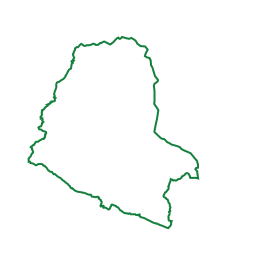 Pakokku, Magway, Myanmar, rotated 296°
{"feature_id": "60261553B95135707926293", "entity_name": "Pakokku", "entity_type": "district", "adm_level": 2, "iso_a3": "MMR", "parent_name": "Myanmar", "parent_adm1": "Magway", "projection": "orthographic", "projection_center": [94.664, 21.355], "detail": "fine", "context": "isolated", "style": "outline", "palette": "green", "viewbox_px": 256, "rotation_deg": 296, "n_neighbors": 0, "source": "geoboundaries", "source_scale": "gbopen_adm2", "svg_char_len": 5576}
<svg xmlns="http://www.w3.org/2000/svg" viewBox="0 0 256 256"><g transform="rotate(296 128 128)"><path d="M55.7,208.1L56.7,208.3L57.6,208.7L59.0,209.0L60.2,209.0L61.0,208.7L62.5,207.6L63.1,208.2L63.5,208.1L62.8,205.4L63.4,204.6L65.0,204.0L65.0,203.8L66.5,203.0L67.4,203.1L68.2,203.3L68.7,203.0L69.7,202.8L70.2,202.2L70.4,201.7L70.8,201.6L71.8,202.4L73.1,201.2L75.3,200.9L76.2,199.7L77.3,199.2L78.3,198.5L78.8,197.0L80.2,196.0L81.1,194.9L80.9,193.9L81.5,193.1L81.8,192.3L81.6,191.5L81.9,190.1L82.4,189.7L84.1,189.6L86.4,189.6L87.3,190.4L88.0,190.4L88.3,190.6L89.5,190.6L90.3,191.2L91.7,190.9L91.9,190.6L92.8,190.5L93.2,189.8L93.7,189.8L93.9,190.0L94.8,189.8L95.9,189.7L96.4,189.4L96.6,189.4L96.7,189.6L98.4,189.5L98.6,189.4L99.6,189.3L99.7,189.1L100.4,188.9L100.3,189.2L100.7,189.3L100.7,189.8L101.0,190.1L100.6,191.7L101.2,192.1L101.6,193.3L101.6,194.0L102.1,194.6L103.6,195.3L104.5,196.2L105.0,197.0L106.8,197.9L108.0,197.6L108.6,198.3L109.3,198.5L110.3,199.4L111.5,199.5L112.6,200.0L113.2,200.6L113.5,201.3L113.2,203.0L112.1,204.1L111.9,204.8L111.0,205.5L110.6,205.5L110.6,206.1L111.4,207.9L112.3,209.4L113.2,211.7L113.4,213.1L114.6,212.2L115.5,211.7L119.6,209.0L120.1,207.4L120.6,206.6L121.8,206.7L122.1,207.0L123.0,208.3L125.7,207.1L126.3,206.4L127.0,206.0L127.3,205.6L128.1,204.8L128.4,204.7L128.9,204.1L129.3,202.9L132.8,195.3L132.4,187.6L132.7,184.4L133.4,183.5L133.5,182.9L133.3,180.2L132.2,174.3L132.6,171.7L132.4,169.3L133.0,168.2L133.7,166.2L133.8,164.8L133.2,163.3L133.5,161.2L135.9,153.8L136.2,153.3L143.3,151.4L148.4,150.2L157.2,147.5L157.8,146.9L161.2,140.9L163.3,140.3L170.7,136.7L173.4,135.3L177.3,132.7L179.3,132.4L182.3,134.0L183.4,134.2L184.3,134.0L186.5,129.5L193.1,123.4L194.6,121.1L196.1,120.3L198.9,118.6L198.9,118.2L200.3,116.8L199.8,114.1L200.0,111.7L202.6,111.2L207.0,111.4L208.8,107.8L207.1,103.2L207.9,99.3L209.4,97.3L210.1,95.3L210.4,91.4L210.0,91.2L208.6,89.8L207.8,86.6L207.3,83.0L207.0,82.6L205.6,82.4L204.6,81.6L204.4,81.0L205.0,79.7L203.7,78.7L200.7,77.7L199.2,77.4L196.1,75.9L195.9,75.6L195.2,75.3L195.3,72.2L195.3,68.7L195.0,68.3L192.7,66.7L192.3,65.8L189.6,64.6L188.5,62.4L188.8,62.0L188.7,60.3L188.2,59.4L187.2,58.8L185.7,57.3L184.3,54.7L182.8,53.2L182.6,52.8L182.6,51.8L183.1,50.4L182.9,49.5L183.0,49.0L181.3,48.3L179.3,47.8L178.5,47.4L178.3,46.5L176.4,45.5L174.9,46.2L172.9,45.8L171.9,46.2L171.3,46.4L170.5,46.1L169.8,46.4L169.2,46.9L167.6,48.8L167.4,48.9L166.2,48.6L165.4,48.7L165.1,49.2L165.0,49.8L164.3,49.5L164.0,49.0L163.6,48.1L163.1,48.0L162.8,48.3L162.6,49.7L162.4,49.9L161.8,49.9L161.2,49.3L160.4,49.4L156.6,50.7L155.9,50.4L155.3,49.9L154.4,49.4L153.6,49.3L148.6,49.2L147.5,48.9L146.7,49.3L143.6,48.4L141.5,46.9L139.1,45.7L138.2,44.5L137.9,44.3L136.3,44.2L134.8,44.8L134.6,45.0L133.9,45.4L133.5,45.5L133.0,45.8L131.6,45.9L131.0,46.1L128.8,46.1L125.7,46.9L125.6,47.2L124.7,48.1L124.1,48.4L123.3,47.9L123.0,47.9L122.8,48.4L123.0,49.6L122.5,49.4L121.8,49.6L120.6,50.3L119.9,50.1L118.9,48.9L118.7,48.2L118.1,48.2L118.0,47.5L117.8,47.5L117.7,47.7L117.0,47.6L116.9,47.3L116.7,47.5L115.9,47.4L115.6,47.1L115.7,46.9L115.0,46.3L114.5,46.3L114.5,46.0L114.1,45.8L114.0,45.5L113.7,45.5L113.6,45.4L113.6,45.7L113.1,45.8L113.1,46.0L112.8,46.0L112.7,45.8L112.2,45.6L111.8,45.3L110.8,44.9L110.7,44.8L110.3,44.7L110.2,44.5L109.0,44.3L108.4,44.3L107.8,44.2L106.3,42.9L105.4,43.3L105.4,43.5L104.7,43.5L104.3,43.6L104.2,43.8L103.5,43.9L103.3,44.2L102.9,44.5L102.4,44.6L102.2,44.9L100.4,44.9L100.1,44.6L99.7,44.5L98.7,45.0L98.5,45.5L98.2,45.6L98.8,46.4L98.6,46.4L98.7,47.0L98.2,47.6L97.1,47.6L96.3,49.4L96.0,49.4L95.2,48.6L94.4,48.6L94.2,48.8L93.9,49.0L91.4,49.1L90.3,47.9L89.2,47.3L87.9,48.6L88.4,50.3L88.5,51.1L88.0,52.3L88.5,55.9L88.4,56.2L87.4,56.8L86.3,56.6L85.5,56.8L85.5,56.6L85.2,56.8L84.1,56.8L83.7,57.3L82.5,57.4L82.1,56.9L81.1,57.0L80.9,56.2L80.5,55.6L79.5,55.2L78.3,54.2L76.3,53.2L75.5,51.7L74.5,51.0L73.7,51.2L72.4,50.9L71.8,51.0L71.5,50.8L70.7,50.0L70.0,49.9L69.9,49.7L68.6,49.6L68.5,49.0L68.2,48.9L67.5,50.9L66.5,51.2L66.2,51.8L65.0,53.2L64.2,53.4L63.3,53.2L62.8,52.8L59.5,52.9L58.3,52.3L57.4,52.3L56.9,52.1L54.2,53.5L54.7,54.0L54.7,54.8L54.4,55.2L53.7,55.7L54.4,57.9L54.4,59.1L54.1,61.3L54.6,62.2L56.2,63.1L56.5,63.4L56.8,64.5L57.6,65.7L57.8,66.3L57.8,67.0L57.6,67.6L57.1,68.1L57.2,68.8L57.5,69.3L57.5,69.7L57.0,70.3L56.9,71.5L56.6,72.2L55.2,74.4L55.0,75.3L54.6,77.0L55.1,79.0L54.1,80.9L53.9,81.7L54.4,82.1L54.5,82.8L53.7,85.4L53.4,87.1L53.3,87.6L53.5,88.0L53.5,89.1L52.4,92.3L52.4,93.3L51.7,95.7L51.2,98.7L50.5,99.8L50.5,101.0L49.7,101.8L49.1,103.0L49.0,103.6L49.4,103.9L49.4,104.8L49.2,104.9L49.1,105.6L48.7,106.5L48.5,107.7L48.6,110.4L50.0,115.0L49.9,115.7L50.6,117.0L50.8,122.0L51.2,122.4L51.7,123.6L51.6,124.3L51.1,124.5L50.5,125.8L51.1,127.1L51.5,129.0L51.8,129.6L52.3,129.8L52.8,130.6L53.0,131.4L52.8,132.3L52.7,132.5L51.8,132.5L51.4,134.1L51.5,134.7L51.2,135.3L50.6,135.6L50.1,136.7L49.0,137.2L46.9,137.2L46.0,137.4L45.6,137.9L45.9,138.3L46.5,138.5L47.3,139.9L47.2,140.3L46.7,140.6L46.0,140.4L45.6,140.6L45.6,141.0L46.2,141.7L46.4,142.2L46.6,143.0L46.2,146.2L46.5,146.6L46.8,146.8L47.6,147.0L49.0,146.8L50.0,147.0L51.3,146.8L51.9,146.9L52.3,147.6L52.3,148.8L52.6,151.5L52.2,152.1L52.2,154.1L50.6,157.2L50.7,157.9L50.6,158.8L50.1,160.7L50.1,162.4L50.4,162.9L50.6,164.4L51.1,165.1L51.1,166.1L51.9,166.6L52.1,167.2L51.7,168.3L53.6,172.3L53.3,173.2L54.0,174.7L55.4,176.3L55.1,176.6L54.6,176.8L54.1,176.5L53.8,177.0L53.5,178.5L54.2,182.4L54.0,185.9L54.1,188.3L54.0,191.6L54.3,194.7L54.9,195.9L54.6,196.6L54.9,198.2L54.8,199.2L55.1,200.9L55.3,205.1L55.5,207.4L55.7,208.1Z" fill="none" stroke="#15803d" stroke-width="2"/></g></svg>